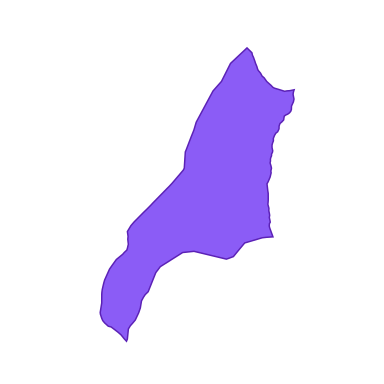 Rosana, São Paulo, Brazil (Mercator projection), rotated 334°
{"feature_id": "56859067B29082905480685", "entity_name": "Rosana", "entity_type": "district", "adm_level": 2, "iso_a3": "BRA", "parent_name": "Brazil", "parent_adm1": "São Paulo", "projection": "mercator", "projection_center": [-52.819, -22.481], "detail": "fine", "context": "isolated", "style": "filled", "palette": "violet", "viewbox_px": 384, "rotation_deg": 334, "n_neighbors": 0, "source": "geoboundaries", "source_scale": "gbopen_adm2", "svg_char_len": 2092}
<svg xmlns="http://www.w3.org/2000/svg" viewBox="0 0 384 384"><g transform="rotate(334 192 192)"><path d="M328.6,144.9L324.3,143.8L321.6,142.7L319.4,142.1L317.2,140.0L315.0,137.9L311.6,134.8L310.5,133.2L309.8,130.8L308.8,128.4L307.6,125.4L306.9,121.0L305.8,118.5L305.7,115.3L304.8,111.6L304.9,109.8L305.3,107.7L305.5,104.2L305.8,102.3L306.3,97.8L306.3,95.6L306.9,93.1L304.6,86.6L283.0,93.3L267.0,105.5L255.2,110.4L226.4,131.1L221.0,137.0L219.5,138.4L215.4,142.1L205.0,151.8L203.6,153.0L195.5,167.2L193.8,168.5L177.8,175.5L173.3,177.2L171.2,177.9L151.8,184.8L149.5,185.7L144.4,187.5L140.4,188.8L138.9,189.3L126.9,193.5L122.3,195.5L116.6,199.2L115.1,203.8L113.6,206.3L112.7,208.7L111.9,211.0L109.4,214.1L108.0,215.6L104.5,216.7L102.4,217.6L94.4,219.5L88.1,222.9L86.1,224.0L84.0,225.2L74.9,232.8L73.0,234.9L71.1,237.2L68.6,240.3L67.2,242.4L66.0,244.5L62.2,252.2L56.7,260.0L56.1,261.7L55.5,265.9L55.4,268.5L56.1,271.4L57.9,275.9L60.2,277.9L63.9,285.3L65.6,289.3L66.7,294.1L67.7,297.4L69.4,295.9L74.8,287.2L77.9,285.2L81.1,283.9L84.9,282.2L91.1,277.2L94.7,273.6L98.9,267.7L102.4,265.2L105.0,263.7L108.9,262.4L124.1,248.6L130.8,245.2L155.3,242.5L157.1,242.3L167.8,246.2L185.5,260.8L193.5,267.4L195.8,267.7L200.9,268.2L209.6,264.2L217.0,260.9L234.9,263.9L236.4,264.4L239.2,265.4L245.1,267.8L246.1,258.3L246.5,256.5L247.6,254.5L249.1,253.4L249.7,251.3L250.3,248.8L251.6,247.0L252.2,245.0L252.8,242.6L254.0,240.3L254.8,236.3L255.7,234.9L256.8,233.0L257.6,231.4L258.7,229.1L259.9,226.6L260.7,224.0L261.7,221.2L263.0,217.5L264.9,216.2L267.2,214.2L268.8,212.8L271.5,209.5L272.1,207.7L273.9,205.4L274.5,202.8L274.9,200.1L276.1,198.6L276.9,196.8L278.0,195.5L279.3,194.4L280.2,192.7L281.6,191.7L282.6,190.4L283.4,187.2L284.5,184.9L285.9,183.3L287.6,181.7L288.6,179.5L291.0,177.3L293.1,175.9L295.4,175.4L297.9,173.4L299.2,170.9L301.1,169.0L303.5,168.4L306.0,167.4L307.1,165.7L308.3,164.2L310.2,163.9L312.1,164.0L314.3,163.6L316.2,162.7L317.5,161.4L318.3,159.9L319.1,158.4L322.7,155.4L324.4,153.2L325.2,150.2L325.7,148.5L326.9,146.7L328.6,144.9Z" fill="#8b5cf6" stroke="#5b21b6" stroke-width="1.5"/></g></svg>